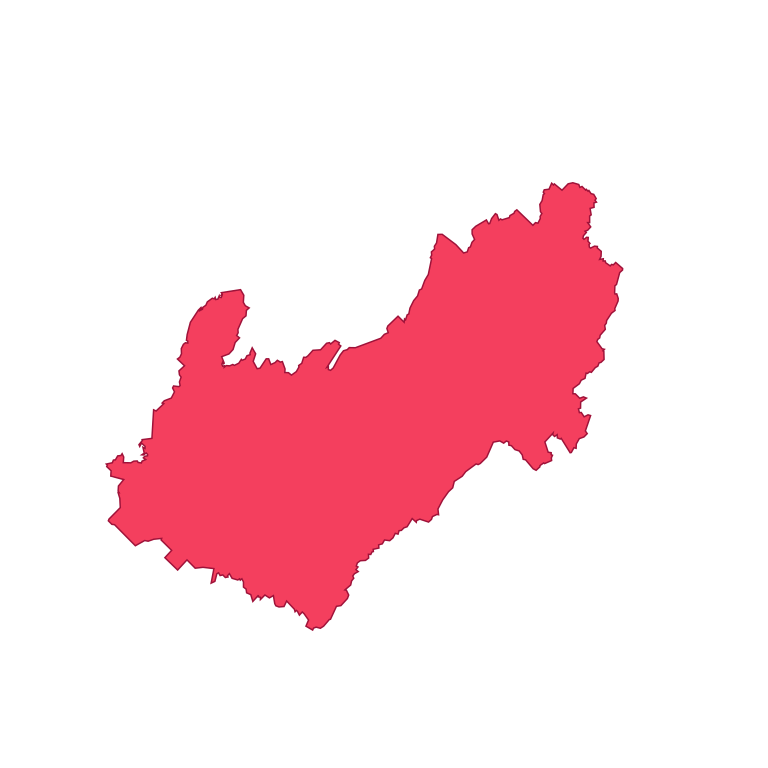 Banana, Queensland, Australia, rotated 36°
{"feature_id": "25037944B6409140573096", "entity_name": "Banana", "entity_type": "district", "adm_level": 2, "iso_a3": "AUS", "parent_name": "Australia", "parent_adm1": "Queensland", "projection": "equal_earth", "projection_center": [149.813, -24.807], "detail": "fine", "context": "isolated", "style": "filled", "palette": "rose", "viewbox_px": 768, "rotation_deg": 36, "n_neighbors": 0, "source": "geoboundaries", "source_scale": "gbopen_adm2", "svg_char_len": 6170}
<svg xmlns="http://www.w3.org/2000/svg" viewBox="0 0 768 768"><g transform="rotate(36 384 384)"><path d="M399.5,132.7L400.1,135.2L401.9,135.7L401.5,137.2L404.1,142.7L404.5,147.1L409.3,152.6L411.5,153.3L411.8,156.6L413.2,158.3L414.0,163.4L411.7,164.4L411.2,168.1L389.1,165.0L388.3,167.5L388.8,169.5L386.9,173.7L387.6,175.7L383.0,181.8L381.2,182.0L380.7,184.0L375.8,180.5L374.0,180.7L373.8,186.9L375.2,192.1L374.4,192.9L370.4,191.1L365.5,202.5L364.6,207.4L367.1,210.8L372.3,213.8L371.9,217.7L373.3,222.3L372.4,224.0L373.7,228.2L371.4,231.2L360.2,229.0L343.1,228.7L339.7,231.3L343.6,239.0L343.8,243.0L345.6,245.1L344.7,249.3L346.8,251.7L347.3,254.6L348.8,254.6L355.5,269.4L356.1,276.2L358.6,285.0L357.4,287.2L359.4,293.0L359.0,299.1L360.4,307.3L362.9,312.8L362.1,314.4L363.7,319.4L362.4,319.3L364.0,322.2L355.5,320.9L353.0,334.8L353.7,337.4L357.3,340.0L355.1,343.6L354.5,348.9L339.5,371.5L334.5,375.0L334.1,377.8L331.7,380.9L331.5,386.2L333.5,400.9L332.7,404.4L330.5,405.0L328.8,402.7L328.0,404.1L326.7,378.6L323.9,378.6L323.5,376.8L318.7,377.5L317.3,383.0L315.6,382.6L313.6,384.8L312.6,393.6L306.7,398.5L305.9,406.0L305.2,408.3L303.3,409.6L305.3,415.6L304.1,419.2L305.2,420.3L305.8,425.5L303.9,431.2L300.1,431.0L297.0,433.0L295.1,430.0L288.6,425.6L287.3,427.2L283.8,427.5L283.3,430.7L281.0,434.8L275.9,431.4L273.9,432.9L274.4,444.0L272.4,446.2L264.9,442.6L262.4,435.0L256.1,432.2L257.4,437.8L258.5,438.9L256.5,441.7L257.1,445.3L255.3,448.2L254.1,447.9L254.3,452.5L252.0,456.9L250.2,457.1L248.5,460.0L245.5,461.9L244.9,464.4L244.1,463.2L243.0,464.4L241.2,463.3L240.7,461.4L242.4,461.9L242.5,461.1L236.6,457.3L240.9,450.8L241.6,444.8L239.2,437.9L240.0,431.6L236.3,431.4L235.9,428.3L233.7,425.7L231.2,414.2L232.3,410.0L229.4,405.3L230.2,401.7L225.8,402.2L222.2,400.6L218.4,394.6L212.5,392.0L198.7,405.7L200.1,406.3L200.1,407.8L200.8,407.2L201.5,409.7L200.0,410.5L198.9,409.6L199.7,413.0L198.2,414.6L196.5,413.2L196.6,414.9L194.7,415.5L192.8,421.4L193.6,425.0L192.4,428.5L193.2,430.2L191.3,434.0L191.7,430.0L191.0,429.6L190.4,433.5L191.1,447.9L195.7,459.7L198.5,464.8L200.0,464.6L201.2,466.2L199.1,467.4L198.4,469.8L199.2,474.5L202.4,478.6L203.1,482.3L202.2,485.2L211.9,486.5L210.4,493.9L213.1,496.8L215.8,497.7L217.3,502.6L220.0,505.1L219.6,506.7L214.9,509.3L215.3,511.5L219.1,513.5L220.2,520.4L216.1,526.7L215.7,529.8L217.4,529.4L215.5,539.8L212.8,540.3L228.2,564.4L221.0,571.2L221.7,571.8L221.4,577.1L223.1,578.1L222.6,574.3L227.4,574.9L228.5,576.6L226.2,576.9L230.7,580.9L229.7,583.6L231.2,582.7L232.1,579.6L234.1,579.9L234.9,581.1L232.9,583.1L232.7,585.2L235.6,585.2L233.6,588.6L234.1,590.5L231.2,592.0L229.6,591.3L226.9,593.5L225.5,596.6L219.3,600.9L216.4,596.1L213.1,594.3L213.2,596.5L210.8,598.7L211.3,603.2L209.8,604.6L210.5,607.4L206.4,612.0L207.9,612.3L208.2,613.8L214.2,614.6L217.1,619.1L229.6,614.3L229.1,622.6L231.9,627.0L233.7,627.7L232.9,628.3L237.5,631.8L243.3,639.0L240.9,654.9L241.4,656.7L246.3,657.5L248.7,656.2L277.9,661.0L282.4,651.3L285.6,649.8L289.0,644.9L294.9,639.6L295.4,641.2L310.0,643.4L308.8,653.3L326.4,655.8L328.0,642.1L339.5,644.0L345.3,638.7L354.9,633.3L361.2,646.7L363.2,643.1L360.3,635.7L361.1,634.0L364.0,635.3L365.8,633.2L369.4,633.8L371.2,631.8L370.1,631.1L370.4,628.3L375.3,630.5L380.9,628.5L381.7,626.5L383.0,627.2L383.5,625.1L386.6,626.7L389.7,630.9L393.0,631.0L395.6,633.7L400.0,632.7L405.7,637.0L406.6,628.6L407.2,630.2L409.4,629.2L410.7,631.0L411.7,624.7L417.0,624.4L418.9,620.2L424.7,625.9L426.9,627.0L430.1,626.1L433.9,622.8L432.8,616.8L443.9,618.9L445.9,620.5L446.2,618.7L447.6,618.8L451.4,620.7L451.9,616.5L454.3,616.8L461.7,619.3L463.2,625.8L470.9,625.0L470.5,622.9L472.0,620.6L476.1,619.0L477.5,615.4L478.2,606.6L479.0,605.8L476.2,591.8L479.4,588.6L480.5,579.1L479.5,575.5L474.9,573.0L473.4,573.6L475.2,566.2L473.5,562.3L473.7,558.9L471.6,557.7L471.6,554.9L473.4,550.9L470.4,550.7L470.5,547.3L468.6,547.6L467.6,544.4L468.7,540.9L472.7,537.6L473.9,533.8L471.5,530.9L473.5,529.7L473.0,527.0L473.9,525.8L472.4,524.1L476.3,519.7L474.2,517.3L476.6,514.3L476.1,509.9L480.7,507.4L481.7,503.2L480.9,498.2L483.6,497.2L482.4,493.8L484.1,492.2L484.7,488.6L486.6,485.9L485.9,476.3L491.4,476.9L490.6,475.4L492.4,472.3L501.2,469.5L502.0,465.6L501.1,462.8L503.5,458.4L505.0,457.7L501.1,453.4L499.6,443.2L499.5,433.2L500.6,427.6L498.1,421.5L501.5,412.6L501.6,406.9L505.5,394.5L507.5,393.9L508.6,391.7L510.1,382.8L506.6,366.8L511.1,362.0L515.6,361.5L516.5,358.2L519.0,357.6L521.0,360.1L523.3,359.0L528.5,360.1L532.7,358.7L537.5,360.1L540.9,363.1L543.1,362.1L554.5,364.9L557.8,364.4L558.8,359.4L558.1,358.3L559.6,354.0L560.7,354.0L564.6,347.4L562.8,345.4L562.2,342.6L560.8,342.9L559.6,341.3L556.9,342.7L548.2,336.3L549.6,324.4L550.2,325.8L552.8,326.2L553.9,323.2L555.9,325.7L559.0,324.9L559.3,323.8L575.0,330.2L575.8,329.3L575.1,323.9L577.2,323.1L574.8,319.4L574.1,313.4L576.9,309.3L577.6,304.7L574.5,303.6L569.7,288.1L567.2,289.0L565.2,292.9L560.3,291.1L558.9,292.3L555.9,289.8L557.2,288.0L553.7,283.0L556.1,276.4L552.9,277.2L550.7,280.5L544.6,279.5L542.5,280.8L539.6,276.4L541.9,269.0L541.3,265.0L543.3,261.3L541.1,256.4L542.4,255.9L543.2,253.2L544.9,252.7L545.3,246.5L546.5,243.9L545.6,240.5L546.8,239.0L547.6,234.8L542.6,228.3L541.6,228.5L541.9,226.4L539.7,227.3L531.3,224.6L530.7,222.3L531.4,219.9L530.2,217.5L530.9,209.7L528.1,206.9L528.1,204.1L526.8,201.8L526.4,193.1L527.7,188.7L526.4,187.4L524.6,179.3L523.2,177.1L519.3,174.3L518.1,175.4L517.0,174.7L513.1,168.9L513.6,166.8L509.2,155.3L510.0,151.6L509.2,150.3L500.0,149.5L499.5,152.8L497.8,153.5L497.6,155.5L492.0,155.6L490.7,154.4L488.9,155.7L487.8,153.8L485.2,156.5L484.6,153.2L481.8,149.0L476.6,148.6L475.8,147.3L473.3,148.7L471.2,152.7L469.8,152.6L467.9,150.7L468.0,149.2L465.1,148.6L463.1,145.4L461.7,146.2L460.8,149.4L459.3,149.2L458.2,146.8L458.6,142.5L456.8,142.2L458.4,139.9L458.9,135.4L453.9,133.7L455.5,132.5L451.6,127.2L452.2,125.4L447.5,120.8L450.1,117.6L447.4,114.1L449.0,112.0L446.7,111.3L446.7,109.3L442.2,107.3L439.6,108.3L436.0,107.0L435.8,108.1L433.2,107.6L433.1,108.6L428.1,107.8L426.9,109.8L424.3,108.1L418.5,110.2L415.3,113.8L414.1,122.6L404.2,122.0L404.1,123.4L401.6,123.0L403.0,129.4L399.5,132.7Z" fill="#f43f5e" stroke="#9f1239" stroke-width="1.5"/></g></svg>